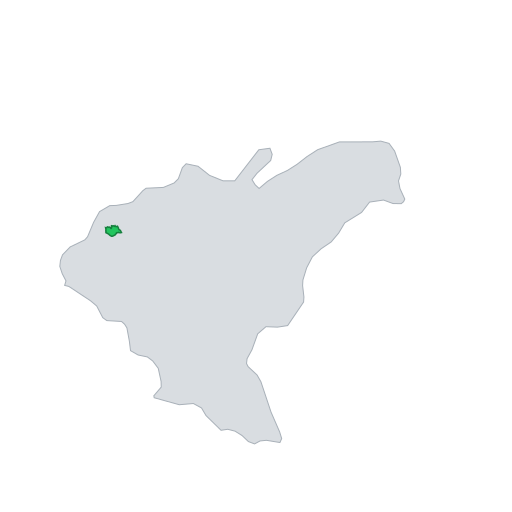 Los Hidalgos, Puerto Plata, Dominican Republic (highlighted), rotated 313°
{"feature_id": "3306468B64768612261884", "entity_name": "Los Hidalgos", "entity_type": "district", "adm_level": 2, "iso_a3": "DOM", "parent_name": "Dominican Republic", "parent_adm1": "Puerto Plata", "projection": "equal_earth", "projection_center": [-70.999, 19.734], "detail": "fine", "context": "in_parent", "style": "filled", "palette": "green", "viewbox_px": 512, "rotation_deg": 313, "n_neighbors": 0, "source": "geoboundaries", "source_scale": "gbopen_adm2", "svg_char_len": 3575}
<svg xmlns="http://www.w3.org/2000/svg" viewBox="0 0 512 512"><g transform="rotate(313 256 256)"><path d="M104.7,349.3L105.2,328.3L107.7,319.8L105.4,310.8L94.9,301.3L88.5,289.0L82.9,278.2L84.1,276.6L95.5,276.1L99.5,272.2L107.2,261.1L108.8,252.1L108.1,245.4L103.2,237.3L101.2,228.8L107.4,221.4L115.4,210.6L116.5,206.4L116.4,202.3L107.0,190.9L106.4,186.0L110.8,173.6L110.4,165.5L106.1,139.9L104.0,136.1L108.2,134.0L110.9,126.4L114.6,119.6L119.4,116.0L124.9,113.7L135.9,113.9L151.0,119.8L155.2,119.7L169.8,114.3L181.8,111.3L193.1,114.7L197.7,119.3L207.1,126.6L211.8,128.9L226.6,128.7L230.6,129.4L243.0,141.5L253.5,146.3L259.6,146.5L270.4,141.9L275.8,142.0L282.1,152.4L283.3,167.1L288.5,180.6L296.5,189.2L335.6,185.6L344.3,192.7L341.4,198.5L335.9,201.6L317.2,200.3L309.1,201.0L307.5,206.8L307.5,212.2L318.4,213.5L329.1,216.2L339.9,220.6L351.0,223.5L363.5,225.5L375.8,228.6L396.3,239.2L419.0,263.4L425.1,268.9L429.1,276.5L427.3,285.8L419.3,301.1L414.7,306.0L408.1,309.0L403.5,315.3L399.1,326.0L396.4,326.9L393.3,326.5L387.8,320.4L383.9,311.1L372.9,302.3L359.9,303.5L340.8,298.3L329.2,300.8L317.6,301.4L305.7,298.7L293.8,297.8L281.9,301.1L270.4,306.7L266.1,310.3L258.7,319.0L254.8,322.2L226.7,326.6L218.6,320.2L211.1,311.5L200.3,310.3L184.6,317.0L174.8,319.5L170.9,322.4L169.7,325.7L169.7,337.9L167.4,345.3L152.1,373.4L143.5,393.2L140.0,399.3L135.9,400.7L128.3,389.3L123.5,385.1L117.6,383.1L115.1,377.0L115.2,368.4L113.6,360.1L110.0,353.5L104.7,349.3Z" fill="#d9dde1" stroke="#a8b0b8" stroke-width="1"/><path d="M183.3,134.3L183.1,134.2L182.7,134.0L182.3,133.9L182.2,133.8L182.1,133.7L181.9,133.5L181.9,133.3L181.9,133.1L181.9,132.9L182.0,132.4L181.7,132.5L181.3,132.5L181.2,132.4L181.1,132.1L181.2,131.9L181.2,131.7L181.0,131.3L180.8,131.2L180.7,131.1L180.4,131.0L180.3,130.9L180.2,130.8L180.1,130.4L179.9,130.0L179.9,129.9L179.7,129.7L179.5,129.8L179.4,129.8L179.3,130.2L179.3,130.3L179.2,130.5L178.7,130.7L178.6,130.8L178.2,131.0L177.8,131.3L177.7,131.3L177.4,131.3L177.3,131.2L177.2,131.1L177.2,130.8L177.2,130.6L177.3,130.4L177.4,130.2L177.4,129.7L177.4,129.4L177.3,129.2L177.0,129.0L176.6,128.8L176.5,128.7L176.4,128.6L176.3,128.4L176.3,128.0L176.2,127.9L176.2,127.7L175.9,127.5L175.7,127.4L175.3,127.4L175.0,127.4L174.8,127.5L174.6,127.4L174.4,127.3L174.2,127.0L174.1,126.7L173.8,127.1L172.9,128.3L172.6,128.6L172.4,128.8L172.0,128.9L171.9,129.0L171.5,129.7L171.5,129.8L171.4,129.9L171.1,129.9L171.0,130.0L170.9,130.1L170.8,130.3L170.7,130.4L170.7,130.5L170.8,130.6L170.8,130.8L170.9,131.0L171.0,131.3L171.1,131.6L171.2,132.0L171.3,132.5L171.4,132.8L171.5,133.2L171.5,133.3L171.5,133.7L171.5,134.2L171.5,134.6L171.5,135.1L171.6,135.6L171.7,136.0L171.8,136.2L171.8,136.5L171.9,136.8L172.0,137.0L172.3,137.3L172.6,137.5L173.0,137.7L173.1,137.8L173.3,137.8L173.5,137.9L173.7,138.0L173.9,138.1L174.0,138.1L174.4,138.2L174.5,138.2L174.7,138.3L174.9,138.4L175.1,138.5L175.3,138.6L175.8,138.5L176.7,138.5L177.0,138.5L177.3,138.5L177.5,138.4L177.7,138.2L177.9,138.2L178.0,138.2L178.2,138.3L178.3,138.4L178.4,138.5L178.5,138.6L178.6,138.8L178.7,139.0L178.8,139.1L179.0,139.2L179.4,139.3L179.5,139.3L179.6,139.5L179.7,139.9L179.8,140.1L180.0,140.4L180.2,140.6L180.3,140.8L180.5,141.0L180.8,141.2L181.1,141.4L181.4,141.6L181.7,140.7L181.9,140.3L182.0,140.0L182.1,139.7L182.2,139.3L182.2,139.1L182.2,138.9L182.1,138.6L182.0,138.2L181.9,138.0L181.9,137.8L181.9,137.6L182.0,137.5L182.0,137.4L182.1,137.1L182.2,136.9L182.3,136.7L182.6,136.3L182.7,136.0L182.8,135.7L183.0,135.3L183.1,135.0L183.2,134.7L183.3,134.5L183.3,134.3Z" fill="#22c55e" stroke="#15803d" stroke-width="1.5"/></g></svg>